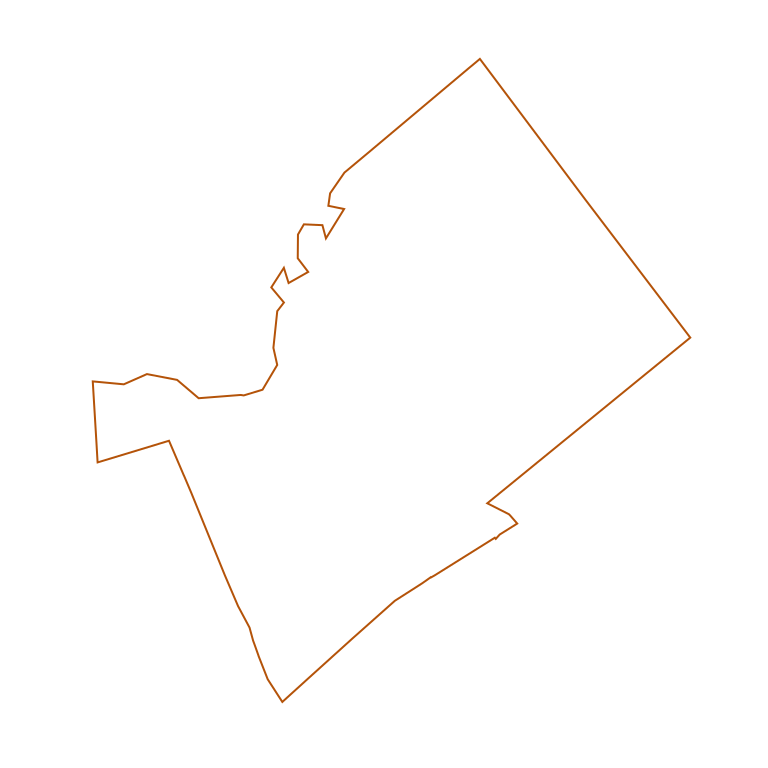 the district of Chatham, North Carolina, United States of America, rotated 141°
{"feature_id": "52423323B14354117939390", "entity_name": "Chatham", "entity_type": "district", "adm_level": 2, "iso_a3": "USA", "parent_name": "United States of America", "parent_adm1": "North Carolina", "projection": "natural_earth1", "projection_center": [-79.146, 35.696], "detail": "fine", "context": "isolated", "style": "outline", "palette": "amber", "viewbox_px": 768, "rotation_deg": 141, "n_neighbors": 0, "source": "geoboundaries", "source_scale": "gbopen_adm2", "svg_char_len": 1054}
<svg xmlns="http://www.w3.org/2000/svg" viewBox="0 0 768 768"><g transform="rotate(141 384 384)"><path d="M104.9,576.3L109.5,576.2L118.8,576.1L254.3,573.6L254.7,573.6L281.7,573.2L305.9,566.1L315.1,557.5L304.9,545.1L337.5,533.7L331.9,546.2L345.8,558.5L356.8,554.3L371.9,536.0L372.4,518.8L394.6,522.5L388.7,537.3L410.8,530.0L410.5,510.3L421.1,507.8L447.2,481.7L455.0,466.0L482.0,456.0L500.2,463.4L501.0,464.3L501.5,464.8L501.8,465.2L502.3,465.7L537.0,489.6L542.2,517.4L562.0,540.9L586.4,547.5L608.7,569.3L644.3,519.5L645.3,518.1L655.5,503.9L655.9,503.3L586.8,475.2L597.1,438.9L597.1,438.7L602.0,421.6L602.2,420.9L628.0,335.7L637.2,303.2L641.8,279.3L647.2,267.0L648.7,262.6L652.3,252.4L652.7,251.4L660.2,227.7L663.1,200.9L651.1,201.6L650.9,201.6L627.7,202.9L568.5,206.1L512.0,208.7L479.8,205.1L469.3,204.4L469.3,204.1L465.1,203.4L394.6,194.8L394.6,193.3L388.8,194.2L368.3,191.7L368.3,191.8L368.7,202.7L368.8,203.0L368.8,203.3L368.8,204.0L378.8,226.3L116.8,227.3L111.5,400.4L111.2,408.4L104.9,576.3Z" fill="none" stroke="#b45309" stroke-width="2"/></g></svg>